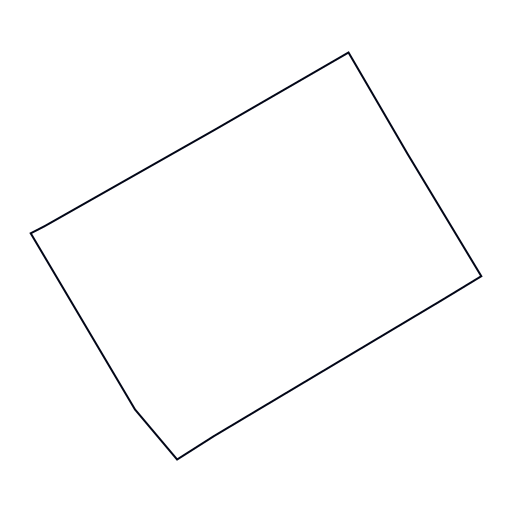 outline of McLennan, Texas, United States of America
{"feature_id": "52423323B56606150013880", "entity_name": "McLennan", "entity_type": "district", "adm_level": 2, "iso_a3": "USA", "parent_name": "United States of America", "parent_adm1": "Texas", "projection": "albers", "projection_center": [-97.233, 31.554], "detail": "fine", "context": "isolated", "style": "outline", "palette": "ink", "viewbox_px": 512, "rotation_deg": 0, "n_neighbors": 0, "source": "geoboundaries", "source_scale": "gbopen_adm2", "svg_char_len": 256}
<svg xmlns="http://www.w3.org/2000/svg" viewBox="0 0 512 512"><path d="M135.0,409.5L177.1,459.5L213.9,436.1L442.6,299.7L481.3,276.2L407.5,153.8L348.5,52.5L214.5,129.9L44.7,226.1L30.7,233.3L135.0,409.5Z" fill="none" stroke="#020617" stroke-width="2"/></svg>